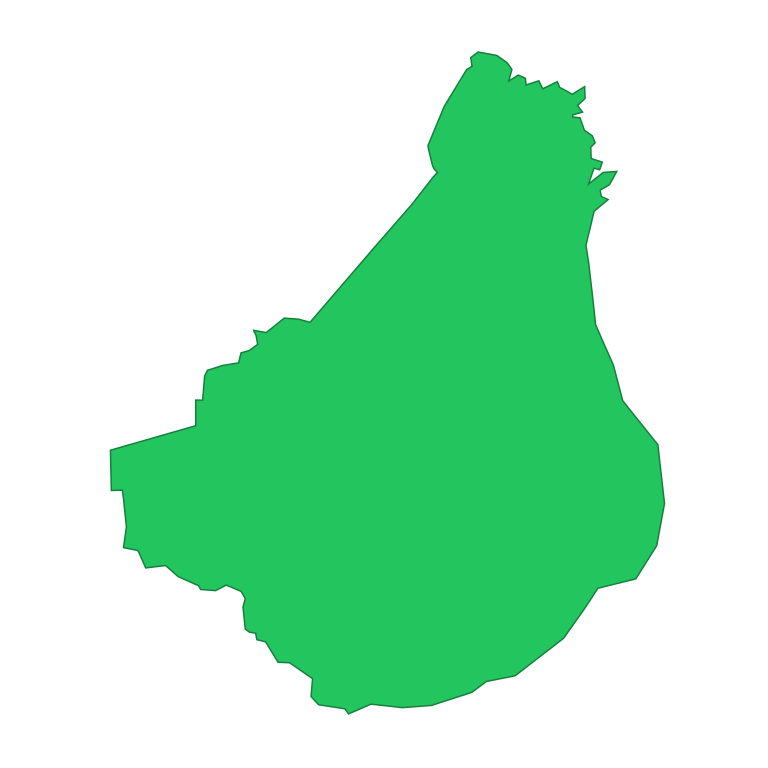 Aguadilla, Puerto Rico (Albers equal-area conic projection), rotated 178°
{"feature_id": "32010507B44125592347050", "entity_name": "Aguadilla", "entity_type": "district", "adm_level": 2, "iso_a3": "PRI", "parent_name": "Puerto Rico", "parent_adm1": "", "projection": "albers", "projection_center": [-67.126, 18.45], "detail": "fine", "context": "isolated", "style": "filled", "palette": "green", "viewbox_px": 768, "rotation_deg": 178, "n_neighbors": 0, "source": "geoboundaries", "source_scale": "gbopen_adm2", "svg_char_len": 1919}
<svg xmlns="http://www.w3.org/2000/svg" viewBox="0 0 768 768"><g transform="rotate(178 384 384)"><path d="M431.0,55.5L408.2,64.5L386.8,61.4L376.8,59.9L375.1,60.0L347.8,61.1L334.2,65.0L307.2,72.7L306.1,73.4L292.1,83.1L263.2,87.8L221.3,117.9L216.2,121.6L214.6,122.8L213.3,123.7L203.5,136.6L191.3,152.7L188.8,156.1L177.4,172.4L139.1,180.5L117.1,212.9L112.6,233.1L110.6,242.3L107.8,254.7L110.4,287.6L112.4,313.8L135.0,344.1L137.1,347.0L140.8,351.9L146.0,359.0L154.1,395.0L164.8,421.5L166.4,425.7L169.0,432.2L169.9,434.4L170.4,435.5L172.7,466.9L173.2,472.9L174.1,484.0L174.7,491.7L175.0,495.8L177.3,515.6L176.8,517.4L175.1,523.7L172.0,534.6L168.7,546.8L168.0,549.2L163.1,553.1L154.1,560.1L153.6,560.5L160.3,563.8L161.2,570.2L151.7,575.3L144.0,588.3L157.5,587.8L172.6,576.7L166.6,592.4L161.0,590.5L158.1,598.1L169.1,602.1L169.1,613.4L164.6,617.6L167.1,624.7L174.9,630.6L178.8,643.2L186.1,644.2L185.9,646.4L176.1,648.8L180.9,655.5L173.1,662.3L173.1,674.2L185.9,666.9L189.9,669.6L198.1,674.3L200.2,680.1L215.0,673.5L218.7,681.6L231.6,677.9L232.0,684.6L239.0,688.0L248.7,682.5L245.2,693.9L249.8,700.9L259.7,708.4L278.3,712.5L285.9,707.2L284.9,698.3L290.4,695.5L290.5,695.3L314.0,659.5L314.8,657.8L331.7,620.9L331.4,617.6L327.9,600.7L327.8,600.3L326.2,596.8L323.2,593.5L327.4,589.4L349.8,562.6L389.0,520.7L455.8,448.2L467.1,451.8L481.5,453.3L499.9,439.5L512.4,442.2L512.1,441.2L510.1,436.9L508.9,428.0L517.6,422.1L525.8,420.1L528.6,410.2L544.4,408.2L559.9,403.9L563.0,398.2L565.8,374.2L572.7,374.5L573.6,348.9L659.7,327.4L660.2,287.1L649.2,287.0L648.4,278.8L646.4,250.1L650.1,229.6L635.9,226.2L634.7,223.8L628.6,208.5L608.6,210.2L596.5,198.7L576.4,188.9L574.3,185.0L559.4,183.4L548.7,188.5L534.1,181.8L530.1,174.4L532.7,166.1L531.2,143.9L527.0,140.6L521.0,139.5L520.0,132.9L511.3,130.4L499.6,109.6L488.1,108.7L465.7,92.0L467.8,74.1L460.5,65.7L434.5,60.8L431.0,55.5Z" fill="#22c55e" stroke="#15803d" stroke-width="1.5"/></g></svg>